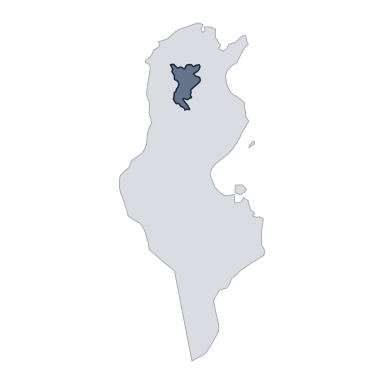 where Siliana sits in Tunisia
{"feature_id": "TUN-115", "entity_name": "Siliana", "entity_type": "Governorate", "adm_level": 1, "iso_a3": "TUN", "parent_name": "Tunisia", "parent_adm1": "", "projection": "equal_earth", "projection_center": [9.32, 35.967], "detail": "fine", "context": "in_parent", "style": "filled", "palette": "slate", "viewbox_px": 384, "rotation_deg": 0, "n_neighbors": 0, "source": "natural_earth", "source_scale": "10m", "svg_char_len": 4482}
<svg xmlns="http://www.w3.org/2000/svg" viewBox="0 0 384 384"><path d="M263.2,218.8L263.1,220.0L261.9,229.1L261.6,232.4L261.5,237.9L261.5,244.6L264.5,250.2L264.6,252.7L263.5,255.5L258.2,258.8L251.4,263.1L245.5,267.1L239.1,271.5L237.1,274.4L233.9,276.6L231.3,278.8L230.8,280.9L228.9,284.9L226.5,288.1L220.4,289.6L219.2,290.5L216.4,295.4L215.1,297.3L213.5,301.2L215.6,311.5L218.2,322.1L218.7,326.5L218.7,330.1L217.3,334.1L214.0,339.8L211.6,343.9L207.0,351.4L205.6,353.3L202.4,355.5L196.3,358.4L191.9,361.0L189.7,349.5L187.8,339.7L186.3,331.7L183.5,317.5L181.2,305.6L178.9,293.6L176.8,282.8L174.7,271.9L173.8,270.3L167.5,265.2L161.7,260.5L155.7,255.1L149.1,249.3L148.1,242.0L144.8,231.0L141.3,224.8L140.0,223.2L132.9,219.2L128.8,216.3L127.7,214.6L126.9,210.2L124.0,201.3L120.7,193.2L119.5,187.8L119.4,180.9L120.1,176.0L121.6,173.9L128.6,167.8L131.8,160.4L135.8,157.6L139.2,155.5L142.0,153.1L144.5,149.2L146.4,145.1L146.8,140.6L147.6,133.5L148.8,128.5L151.8,122.9L150.6,118.4L149.1,113.5L149.5,105.1L149.2,101.7L147.9,98.7L146.7,94.8L146.7,91.6L147.9,83.1L148.9,76.7L150.4,68.3L149.9,66.0L148.8,64.2L145.5,62.4L145.4,61.3L146.3,60.0L151.2,56.0L153.8,50.0L156.0,48.7L159.4,46.6L159.3,44.2L158.5,41.8L167.2,39.0L175.5,31.6L178.4,29.8L197.6,23.0L200.1,23.5L202.9,24.5L202.1,27.0L201.0,29.0L202.6,32.6L205.0,30.4L204.4,29.0L204.2,27.0L208.2,26.9L211.7,27.2L215.5,29.3L215.3,37.3L220.4,45.1L219.0,49.0L223.2,51.3L226.9,48.6L228.8,44.5L235.6,42.1L242.1,36.1L245.7,35.5L246.5,40.4L248.3,44.7L245.9,46.2L242.7,50.8L236.9,62.5L231.4,65.9L227.3,70.4L226.0,73.6L225.6,77.3L226.6,84.0L229.7,90.8L233.2,94.9L236.6,96.2L244.4,102.7L244.3,106.5L245.4,111.1L245.9,116.7L248.7,121.2L242.9,130.9L239.7,138.0L233.6,147.7L228.0,154.0L216.1,163.4L213.2,166.5L211.3,169.8L210.4,173.2L210.8,177.2L214.7,186.9L220.0,192.7L225.3,195.9L234.6,194.6L234.3,198.4L235.0,202.9L238.8,202.7L241.3,202.0L243.4,197.6L248.0,200.6L250.4,209.8L254.2,212.7L254.7,213.8L253.3,214.5L252.3,215.6L253.4,216.3L257.2,217.5L259.4,216.7L263.2,218.8ZM243.4,193.0L242.4,193.3L240.7,194.5L239.8,194.7L237.2,193.2L236.2,193.3L234.9,192.2L235.3,186.7L235.7,185.1L242.0,184.9L245.5,188.2L246.0,189.1L246.2,190.0L244.6,191.9L243.4,193.0ZM254.4,144.1L249.0,147.5L250.0,144.6L253.6,141.0L254.5,141.8L254.4,144.1Z" fill="#d9dde1" stroke="#a8b0b8" stroke-width="1"/><path d="M189.5,109.5L187.5,109.3L186.8,109.3L184.9,109.9L184.9,109.5L184.8,109.2L184.6,108.7L184.4,108.4L184.1,108.0L183.8,107.8L182.5,107.0L181.8,106.6L180.9,106.4L180.7,106.3L180.5,106.1L180.2,105.6L179.8,104.5L179.6,104.3L179.3,104.1L177.9,103.4L177.7,103.4L177.4,103.4L176.9,103.6L176.6,103.7L176.4,103.7L175.6,102.8L173.4,99.4L173.9,97.6L174.0,97.3L174.1,95.5L174.1,93.7L174.2,93.3L174.2,93.1L174.3,93.0L174.4,92.7L174.5,92.6L175.8,91.4L176.0,91.1L176.1,90.7L176.2,90.3L176.3,89.6L176.5,89.2L177.0,88.4L177.8,87.4L178.0,87.1L178.2,86.5L178.5,85.5L178.6,84.2L178.7,83.4L178.6,83.0L178.4,82.5L177.8,81.6L177.5,81.2L177.3,80.9L175.1,79.7L174.6,79.4L174.5,79.1L174.4,78.8L174.3,78.2L174.3,77.8L174.4,76.9L174.4,76.2L174.3,75.8L174.2,75.5L174.1,75.1L173.4,73.9L172.5,72.7L172.1,72.1L172.0,71.8L172.0,71.5L172.0,70.9L172.1,70.6L172.2,70.3L172.3,70.1L172.5,69.8L172.6,69.6L172.6,69.2L172.6,68.9L172.5,68.7L172.1,67.7L170.5,65.0L172.0,64.4L172.7,64.3L173.2,64.3L173.8,64.5L176.7,67.4L177.5,68.1L177.9,68.0L179.9,67.2L180.5,67.1L180.9,67.1L181.2,67.2L181.4,67.3L182.1,67.7L183.9,68.8L184.3,68.9L184.6,68.9L186.0,66.1L186.5,65.5L186.6,65.4L186.9,65.1L187.2,64.9L188.2,64.7L190.3,64.6L190.7,64.6L191.0,64.7L191.5,65.0L191.8,65.2L192.6,66.1L192.8,66.3L193.2,66.5L193.4,66.6L193.6,66.6L193.9,66.5L194.2,66.4L195.7,65.5L196.3,65.2L197.1,65.1L199.2,64.8L199.7,65.8L199.9,66.7L199.9,67.0L199.8,67.3L199.4,68.5L199.2,69.0L198.7,69.8L198.0,70.7L197.3,71.4L195.0,72.9L194.1,73.3L193.9,73.4L193.7,73.7L193.6,73.9L193.6,74.1L193.8,74.3L195.1,75.6L195.4,75.9L195.8,76.2L197.4,76.6L199.1,77.3L199.5,77.5L199.8,78.0L199.9,78.4L200.1,79.5L200.2,79.9L200.2,80.3L200.1,80.7L200.0,81.1L199.8,81.4L199.1,82.4L191.4,89.2L190.9,89.8L190.7,90.2L190.7,90.4L190.7,90.6L191.0,91.7L191.0,92.1L191.0,92.5L191.0,92.9L190.9,93.1L190.4,94.6L190.4,94.9L190.4,95.3L190.5,95.5L190.7,96.0L191.0,96.4L191.2,96.7L191.4,96.9L191.4,97.1L191.4,97.5L191.2,97.8L190.3,98.0L189.6,98.3L188.1,99.3L187.7,99.5L187.4,99.5L187.0,99.5L186.6,99.4L184.1,98.5L183.8,98.5L183.6,98.6L183.2,98.8L183.1,99.0L183.0,99.4L183.1,99.6L183.2,99.8L188.0,106.0L189.4,109.0L189.5,109.5Z" fill="#64748b" stroke="#1e293b" stroke-width="1.5"/></svg>